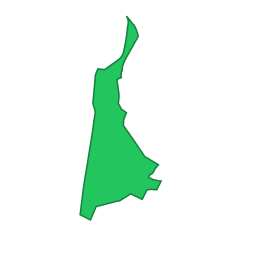 Al Salam, Al Qahirah, Egypt (Mercator projection), rotated 117°
{"feature_id": "37247803B59541002076203", "entity_name": "Al Salam", "entity_type": "district", "adm_level": 2, "iso_a3": "EGY", "parent_name": "Egypt", "parent_adm1": "Al Qahirah", "projection": "mercator", "projection_center": [31.361, 30.163], "detail": "fine", "context": "isolated", "style": "filled", "palette": "green", "viewbox_px": 256, "rotation_deg": 117, "n_neighbors": 0, "source": "geoboundaries", "source_scale": "gbopen_adm2", "svg_char_len": 5307}
<svg xmlns="http://www.w3.org/2000/svg" viewBox="0 0 256 256"><g transform="rotate(117 128 128)"><path d="M89.0,181.7L90.1,181.6L91.3,181.5L92.0,181.4L93.8,181.3L94.6,181.2L95.2,181.1L95.9,181.0L96.7,180.7L98.7,179.9L99.5,179.5L100.5,179.1L101.2,178.9L101.6,178.7L102.2,178.4L105.7,177.0L107.7,176.2L110.3,175.2L113.5,173.9L114.8,173.4L116.7,172.6L116.9,172.5L117.9,172.2L118.3,172.0L118.8,171.8L120.2,171.3L120.7,171.1L121.0,170.9L121.4,170.7L121.6,170.6L121.9,170.4L122.2,170.2L122.4,170.0L123.0,169.6L123.5,169.1L124.0,168.7L124.4,168.2L125.1,167.5L127.0,165.8L127.7,165.2L128.0,164.9L128.3,164.7L128.7,164.5L129.2,164.2L130.2,163.8L131.8,163.3L133.6,162.7L135.9,162.0L137.0,161.6L139.3,160.8L140.4,160.5L141.4,160.1L142.2,159.8L142.8,159.5L143.3,159.3L143.8,159.2L144.4,159.0L146.8,158.2L148.5,157.6L149.4,157.3L150.3,157.0L153.7,155.9L155.1,155.4L156.0,155.2L157.3,154.8L158.8,154.3L159.6,154.0L160.6,153.7L161.8,153.3L163.0,153.0L164.1,152.6L165.2,152.2L167.0,151.6L169.6,150.8L171.9,150.1L174.4,149.2L176.8,148.5L178.1,148.0L179.5,147.6L180.2,147.4L180.9,147.2L181.5,147.0L182.7,146.6L184.0,146.2L184.3,146.1L185.5,145.7L188.1,144.9L189.0,144.6L190.4,144.2L191.5,143.8L192.4,143.5L193.4,143.2L194.2,143.0L195.8,142.4L197.3,142.0L198.6,141.5L199.6,141.2L200.5,140.9L227.0,131.3L227.0,119.7L212.5,120.7L197.9,104.2L196.8,102.4L189.7,98.2L185.4,95.7L185.2,83.0L183.9,82.9L183.0,83.0L181.8,82.9L181.2,83.0L180.3,83.0L179.4,83.0L178.5,83.0L176.6,83.0L175.3,83.1L175.0,83.1L174.6,83.1L174.2,82.6L174.0,82.2L173.6,81.6L173.0,80.7L172.7,80.3L172.4,79.8L172.2,79.5L171.9,79.2L171.7,78.7L171.5,78.1L171.3,77.5L171.1,77.0L170.4,75.2L170.3,74.8L170.0,74.3L168.7,74.3L167.7,74.4L167.3,74.4L166.4,74.4L164.2,74.4L163.7,74.4L163.2,74.3L162.3,74.3L161.5,74.5L160.9,74.5L160.2,74.4L160.3,74.8L160.6,75.4L161.0,75.9L161.1,76.3L161.3,76.9L161.4,77.3L161.4,77.7L161.6,78.3L161.7,78.8L162.0,80.1L162.2,80.9L162.3,81.3L162.5,82.1L162.6,83.0L162.6,83.8L162.6,84.6L162.5,86.5L162.4,87.4L161.9,87.3L161.5,87.4L161.1,87.4L160.7,87.5L160.2,87.4L159.7,87.3L159.4,87.1L159.2,86.6L158.7,86.3L158.1,86.0L157.7,85.8L157.1,85.7L156.2,85.4L155.7,85.4L155.2,85.3L154.5,85.3L153.8,85.3L153.4,85.3L152.9,85.3L152.3,85.4L151.9,85.3L151.5,85.3L151.2,85.2L150.7,85.1L149.3,84.7L148.0,84.4L147.1,84.1L146.9,84.8L146.8,85.8L146.7,86.7L146.7,87.3L146.6,87.8L146.6,88.3L146.6,88.7L146.5,90.0L146.5,90.5L146.4,92.0L146.3,93.4L146.3,93.9L146.2,94.4L146.2,94.8L146.1,95.2L146.1,95.7L146.0,97.4L146.0,97.9L146.1,98.3L146.0,99.3L145.8,100.0L145.6,100.6L144.8,101.9L144.3,102.9L142.7,105.7L141.0,109.0L140.4,110.0L140.1,110.4L139.7,111.3L138.7,113.1L138.4,113.6L137.0,116.1L136.5,117.0L135.7,118.5L134.7,120.3L134.0,121.8L133.4,122.8L132.7,124.0L132.2,124.8L131.6,126.2L127.9,133.2L122.5,135.6L115.1,136.3L114.5,139.7L114.3,142.3L110.6,147.7L103.9,150.3L100.9,152.1L89.9,159.9L88.7,159.0L86.1,156.8L85.9,156.9L85.8,157.1L85.5,157.2L85.4,157.3L85.1,157.6L84.8,157.8L84.5,158.0L84.4,158.1L84.2,158.1L83.5,158.4L82.8,158.8L82.6,158.9L82.3,159.0L82.2,159.0L81.7,159.1L81.3,159.2L81.1,159.2L80.7,159.2L80.7,159.3L80.3,159.3L79.9,159.4L79.5,159.4L79.1,159.5L78.8,159.6L78.7,159.7L78.4,159.8L77.7,160.0L77.2,160.3L76.7,160.5L76.4,160.6L76.2,160.7L76.0,160.8L75.8,160.8L75.5,160.8L74.9,160.9L74.1,161.0L73.8,161.1L73.7,161.1L73.3,161.2L73.3,161.3L73.2,161.3L72.9,161.3L72.7,161.3L72.3,161.3L71.6,161.4L71.2,161.4L70.6,161.4L70.4,161.4L70.1,161.4L69.3,161.5L69.0,161.5L68.9,161.5L68.4,161.4L68.0,161.4L67.6,161.5L67.4,161.5L66.6,161.5L66.0,161.5L65.4,161.5L64.8,161.5L64.5,161.5L64.4,161.5L64.1,161.4L63.9,161.4L63.6,161.4L62.9,161.4L62.5,161.4L62.4,161.4L62.2,161.3L57.3,161.1L56.8,161.1L55.9,161.0L55.4,161.0L54.6,161.0L53.9,160.9L53.0,160.9L52.1,160.9L51.6,160.9L51.1,160.9L50.9,160.9L50.7,160.9L50.3,160.8L50.1,160.8L49.9,160.8L49.5,160.8L49.4,160.8L49.2,160.8L48.8,160.8L48.5,160.7L48.1,160.7L47.8,160.7L47.3,160.7L46.9,160.6L46.4,160.6L46.0,160.6L45.7,160.6L45.4,160.6L45.2,160.6L44.8,160.6L44.6,160.6L43.0,160.5L42.8,160.5L42.4,160.5L42.0,160.5L41.6,160.5L41.3,160.7L40.8,161.2L40.3,161.6L39.8,162.2L39.3,162.6L38.6,163.3L37.8,164.1L37.6,164.2L37.5,164.3L37.3,164.5L37.2,164.6L37.1,164.8L36.6,165.4L36.4,165.5L36.2,165.8L35.3,166.8L35.2,167.0L35.0,167.3L34.6,167.8L34.1,168.6L34.0,168.9L33.9,169.0L33.7,169.3L33.5,169.8L33.4,170.0L33.3,170.5L33.2,170.8L32.8,171.6L32.7,171.8L32.4,172.5L31.9,173.6L31.4,174.6L31.1,175.2L31.0,175.3L30.9,175.8L30.7,176.2L30.6,176.5L30.4,176.9L30.3,177.3L29.7,178.6L29.3,179.3L29.0,180.1L29.2,179.9L29.4,179.6L29.5,179.4L29.7,179.2L30.2,178.6L30.6,178.1L30.8,177.8L31.2,177.5L31.5,177.2L32.0,176.8L32.3,176.6L32.9,176.2L33.0,176.1L33.5,175.9L34.9,175.3L35.3,175.1L35.6,175.0L35.9,174.9L36.5,174.7L36.8,174.6L37.1,174.5L37.7,174.4L37.9,174.3L38.3,174.2L38.7,174.0L39.1,173.9L40.6,173.3L41.6,172.9L42.4,172.7L43.0,172.4L43.8,172.1L45.5,171.5L46.1,171.3L46.5,171.2L46.9,171.0L47.5,170.8L48.4,170.5L51.1,169.7L51.8,169.4L52.8,169.0L54.0,168.7L55.4,168.4L56.5,168.0L58.0,167.6L58.8,167.4L59.6,167.2L60.7,166.9L61.7,166.6L62.6,166.4L63.6,166.2L64.8,166.1L65.6,166.1L66.6,166.2L67.1,166.2L68.7,166.5L70.4,167.0L74.3,169.0L76.5,170.1L77.5,170.6L78.8,171.3L80.0,171.9L81.4,172.6L82.6,173.2L83.8,173.9L85.0,174.5L86.1,175.1L86.7,175.4L87.8,178.5L88.2,179.6L89.0,181.7Z" fill="#22c55e" stroke="#15803d" stroke-width="1.5"/></g></svg>